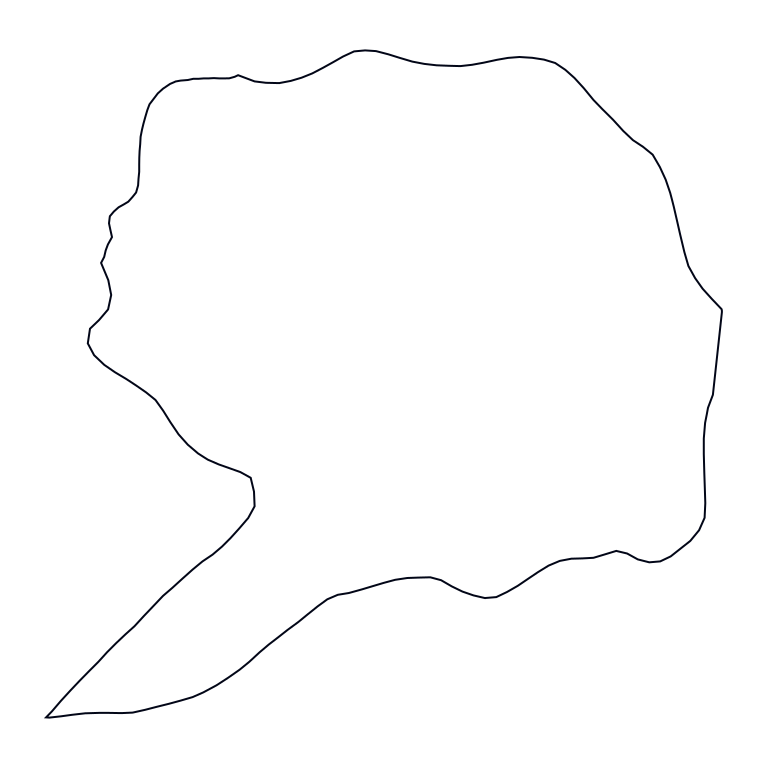 the district of Al Maflahi, Lahij, Yemen
{"feature_id": "15242507B25338309738569", "entity_name": "Al Maflahi", "entity_type": "district", "adm_level": 2, "iso_a3": "YEM", "parent_name": "Yemen", "parent_adm1": "Lahij", "projection": "equal_earth", "projection_center": [45.119, 13.783], "detail": "fine", "context": "isolated", "style": "outline", "palette": "ink", "viewbox_px": 768, "rotation_deg": 0, "n_neighbors": 0, "source": "geoboundaries", "source_scale": "gbopen_adm2", "svg_char_len": 2809}
<svg xmlns="http://www.w3.org/2000/svg" viewBox="0 0 768 768"><path d="M174.3,82.1L170.1,83.9L163.0,88.7L157.8,93.4L154.0,98.4L149.5,104.3L147.3,110.2L145.3,117.0L144.3,120.6L143.5,123.5L142.0,129.7L140.6,136.8L140.2,144.2L139.6,150.9L139.3,157.7L139.2,164.5L139.2,171.9L138.5,178.9L138.1,185.4L136.1,192.5L132.5,197.0L128.3,201.7L123.8,204.4L118.6,207.3L113.9,211.5L109.9,216.2L109.7,217.4L109.0,223.3L110.4,230.0L112.0,237.1L107.9,244.5L105.7,250.4L104.2,256.9L101.1,262.9L101.7,264.4L108.3,280.2L111.2,295.0L108.1,309.4L104.3,313.9L99.0,320.1L90.0,328.7L87.8,343.4L94.1,355.2L104.3,364.9L114.9,372.2L120.4,375.5L126.1,378.9L136.0,385.4L146.1,392.4L155.5,400.0L163.1,410.6L170.3,422.1L178.6,434.4L187.8,444.7L198.0,453.4L203.6,457.0L207.9,459.7L218.7,464.4L229.2,468.1L240.4,472.1L250.7,477.8L254.0,491.6L254.6,506.3L248.1,518.2L247.0,519.4L239.1,528.6L230.6,538.0L222.0,546.6L212.6,554.6L202.5,561.4L192.7,569.5L182.4,578.7L172.4,587.8L163.0,595.9L153.8,605.6L143.6,616.3L134.6,626.1L125.5,634.3L116.4,642.9L107.2,652.1L98.3,661.9L89.1,671.1L79.5,680.9L70.6,690.3L60.8,701.0L51.9,711.4L46.1,717.4L49.4,717.6L61.1,716.3L72.1,714.8L85.2,713.3L98.5,712.9L109.4,712.9L109.5,712.9L121.5,713.1L132.7,712.6L145.2,709.8L156.8,706.8L168.9,703.8L180.3,700.7L192.6,697.1L203.3,692.4L216.5,685.3L227.6,678.1L239.5,669.8L249.3,661.8L259.6,652.3L268.7,644.6L278.3,637.2L287.7,629.8L298.2,622.1L308.0,614.1L317.6,606.4L327.3,599.3L337.8,594.8L348.9,593.0L361.9,589.4L372.9,586.1L384.0,582.8L395.2,579.8L407.3,578.0L418.2,577.6L430.3,577.3L441.1,580.2L451.8,586.4L462.5,591.6L473.5,595.4L485.1,598.1L485.4,598.0L496.3,597.1L507.0,592.0L517.8,585.8L527.8,579.0L537.9,572.2L548.6,565.6L559.8,560.9L571.4,558.7L582.4,558.4L593.5,557.8L604.5,554.5L616.3,550.9L616.6,551.0L627.1,553.5L637.8,559.4L649.2,562.3L649.5,562.3L660.2,561.4L670.7,556.4L680.3,548.8L690.3,540.9L699.1,530.2L704.6,517.8L705.3,503.1L704.8,487.5L704.3,472.7L703.8,454.1L703.8,438.5L705.1,422.9L706.8,414.3L708.0,407.8L712.9,394.8L721.9,312.2L721.9,310.7L721.6,309.2L711.8,298.9L702.6,288.7L695.1,278.1L688.4,266.0L684.4,252.2L680.8,237.2L680.1,234.3L677.4,222.4L673.8,206.8L672.1,200.1L670.2,192.9L665.7,179.7L659.9,167.1L652.7,154.7L643.0,146.8L633.0,140.2L623.3,131.0L613.0,119.7L602.3,109.1L593.5,100.0L583.9,88.3L574.5,78.0L565.3,69.8L555.2,63.0L544.0,59.6L532.2,57.8L519.4,57.0L508.0,57.9L497.0,59.8L483.6,62.7L472.0,64.8L460.4,66.1L449.2,65.8L436.6,65.3L424.3,63.9L412.3,61.6L399.5,57.8L388.3,54.3L376.0,51.1L365.1,50.4L354.1,51.4L343.1,56.5L333.1,62.2L323.0,67.8L312.3,73.4L301.6,77.7L290.8,80.9L279.2,83.1L266.0,82.8L254.6,81.4L238.1,75.2L234.7,76.8L229.3,78.3L224.4,78.4L220.5,78.4L219.2,78.4L213.8,78.1L208.6,78.4L203.7,78.4L198.5,78.8L193.3,78.8L187.9,80.0L180.5,80.6L175.5,81.5L174.3,82.1Z" fill="none" stroke="#020617" stroke-width="2"/></svg>